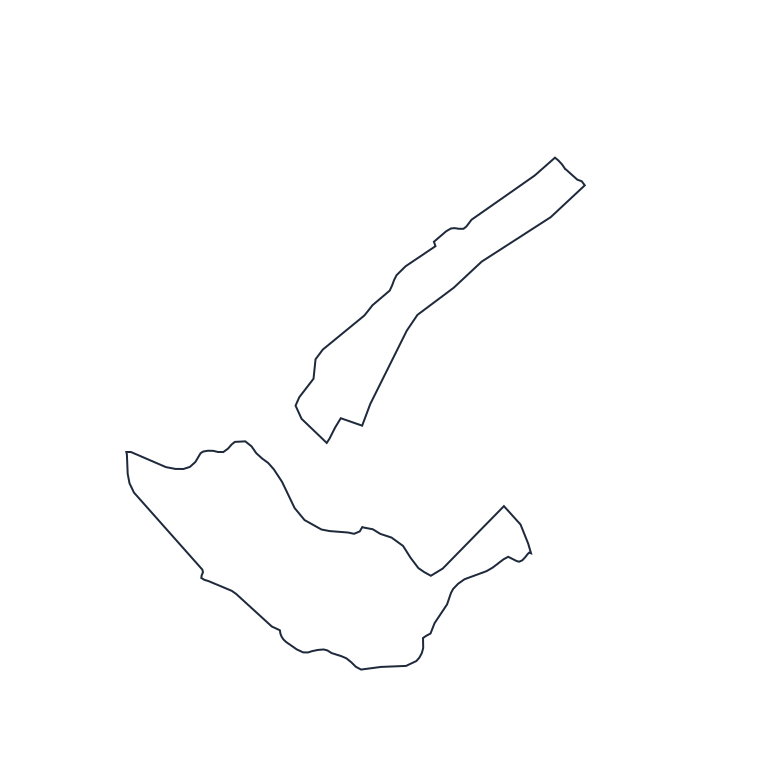 an SVG outline of Sarangani, rotated 115°
{"feature_id": "PHL-2598", "entity_name": "Sarangani", "entity_type": "Province", "adm_level": 1, "iso_a3": "PHL", "parent_name": "Philippines", "parent_adm1": "", "projection": "mercator", "projection_center": [125.149, 6.009], "detail": "fine", "context": "isolated", "style": "outline", "palette": "slate", "viewbox_px": 768, "rotation_deg": 115, "n_neighbors": 0, "source": "natural_earth", "source_scale": "10m", "svg_char_len": 1943}
<svg xmlns="http://www.w3.org/2000/svg" viewBox="0 0 768 768"><g transform="rotate(115 384 384)"><path d="M554.5,588.8L552.6,584.6L551.5,546.6L549.1,537.1L545.8,529.9L541.2,524.9L534.4,522.0L524.3,521.0L521.7,519.4L518.9,515.4L516.7,510.4L515.8,505.8L513.6,500.9L508.6,498.1L503.1,496.5L499.5,494.7L494.6,485.5L496.5,477.7L500.7,470.5L503.0,463.1L504.5,455.6L507.9,447.8L515.8,435.0L534.2,412.6L540.9,398.5L542.3,379.2L540.3,371.2L533.8,353.8L532.4,347.8L527.9,343.7L522.8,343.2L522.7,341.8L520.4,332.8L521.4,323.9L520.0,312.3L522.7,298.3L530.2,286.6L536.3,275.1L537.5,268.0L538.0,260.5L526.5,252.8L473.7,234.2L444.0,223.7L453.7,200.8L467.8,185.8L475.3,179.2L475.5,181.2L477.3,181.9L481.2,182.8L485.3,184.1L488.0,186.5L488.4,189.2L488.1,198.4L492.4,201.6L504.6,208.0L510.3,212.0L526.9,228.5L533.7,232.4L540.4,234.7L545.0,235.0L557.1,233.7L579.3,237.1L590.5,236.4L594.2,239.2L597.7,241.3L606.7,236.9L611.8,236.0L617.0,236.3L621.4,237.6L630.2,244.9L641.7,267.2L652.5,284.1L652.2,290.0L650.1,295.8L648.5,302.2L648.7,307.7L650.0,317.7L649.4,322.8L650.1,326.5L653.0,331.6L656.6,336.4L659.4,339.4L661.4,343.8L661.4,350.9L659.2,363.7L658.0,367.2L656.3,370.0L654.0,372.4L651.3,374.2L651.2,374.3L651.2,383.2L636.7,429.5L635.8,434.6L636.8,459.8L637.4,464.1L637.0,467.6L634.4,468.4L631.1,468.5L629.0,470.2L588.1,564.7L581.7,572.5L581.1,573.0L573.8,578.3L556.6,587.2L554.5,588.8ZM461.6,411.0L450.4,444.0L441.0,455.0L431.8,455.2L409.0,450.1L390.5,456.5L378.6,454.0L330.1,430.7L317.4,427.7L296.9,418.3L291.2,418.3L285.3,418.8L280.0,418.6L268.2,414.2L237.3,395.6L234.0,398.9L219.3,392.2L214.7,389.0L212.9,385.9L211.6,381.5L209.8,377.6L206.5,375.9L198.1,374.1L131.3,335.5L106.6,324.7L107.7,320.5L109.7,315.5L112.7,310.5L112.6,310.1L117.1,295.2L116.7,290.5L119.1,286.0L162.3,303.4L231.8,347.2L267.3,361.5L307.2,382.9L326.0,385.9L407.9,388.0L431.0,386.2L433.3,408.7L444.0,409.9L456.6,410.3L461.6,411.0Z" fill="none" stroke="#1e293b" stroke-width="2"/></g></svg>